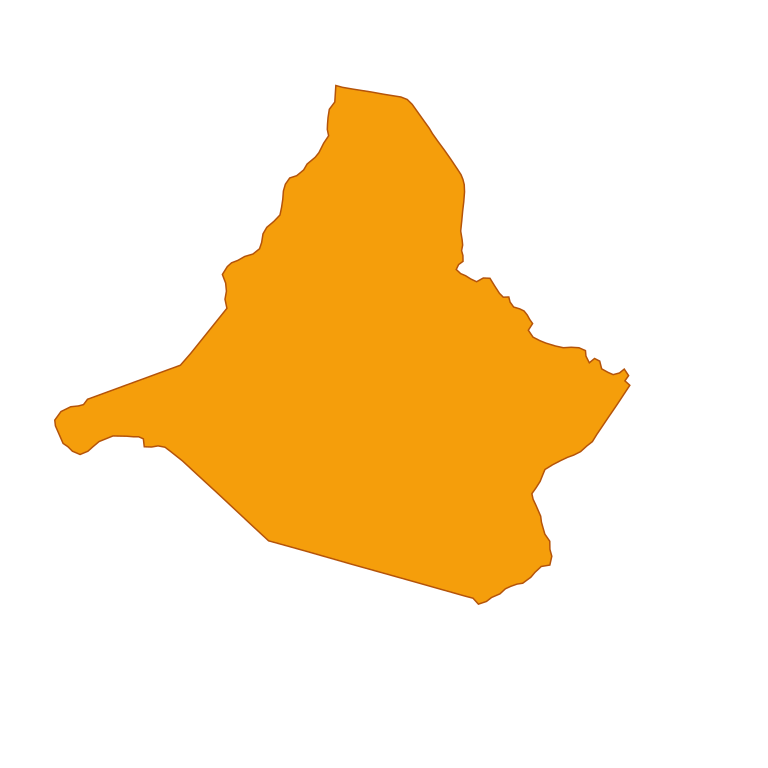 Gravataí, Rio Grande do Sul, Brazil, rotated 217°
{"feature_id": "56859067B76792516798439", "entity_name": "Gravataí", "entity_type": "district", "adm_level": 2, "iso_a3": "BRA", "parent_name": "Brazil", "parent_adm1": "Rio Grande do Sul", "projection": "albers", "projection_center": [-50.95, -29.891], "detail": "fine", "context": "isolated", "style": "filled", "palette": "amber", "viewbox_px": 768, "rotation_deg": 217, "n_neighbors": 0, "source": "geoboundaries", "source_scale": "gbopen_adm2", "svg_char_len": 2295}
<svg xmlns="http://www.w3.org/2000/svg" viewBox="0 0 768 768"><g transform="rotate(217 384 384)"><path d="M394.7,529.5L398.3,534.1L402.3,537.2L404.8,542.3L408.5,546.3L414.8,552.3L420.4,561.6L425.4,569.7L430.0,577.6L435.3,585.9L439.9,591.5L444.1,594.9L448.4,597.5L453.6,599.4L466.5,603.9L476.1,607.0L487.2,610.3L496.0,613.1L501.8,615.5L510.5,618.2L529.8,624.3L536.7,625.2L543.2,623.4L558.1,615.5L570.0,609.5L585.9,601.0L595.8,595.9L602.1,593.4L593.0,579.6L593.0,570.5L589.1,563.2L585.4,557.4L582.5,553.2L577.6,548.9L577.1,540.0L575.2,529.6L575.4,523.6L577.8,513.4L577.0,506.6L579.1,497.8L583.3,491.8L583.0,484.2L580.5,477.6L576.0,470.6L572.1,463.4L568.8,456.4L569.8,447.7L571.9,438.6L571.0,431.1L566.9,423.4L564.8,417.1L566.9,408.9L572.0,402.0L575.1,394.8L578.7,389.0L579.8,383.5L579.0,374.2L571.2,369.3L565.7,363.3L562.0,356.0L555.0,349.9L556.8,291.7L557.9,276.5L611.6,193.4L611.6,186.7L614.9,182.5L620.5,177.3L625.4,167.6L625.2,157.0L621.2,152.8L604.5,143.4L598.7,143.7L592.4,142.8L584.3,144.8L580.0,152.1L578.8,158.3L576.9,166.6L569.2,179.4L558.0,187.5L552.6,190.9L548.2,194.2L543.2,195.4L537.7,189.6L531.7,193.8L527.2,198.6L520.9,201.7L514.4,201.7L498.6,201.3L478.2,199.2L450.4,196.5L402.5,191.4L381.8,189.3L348.8,202.3L301.8,220.4L241.5,244.0L214.7,254.4L191.3,263.5L184.0,266.5L176.1,265.0L171.3,272.0L169.6,278.3L165.1,286.2L163.8,293.5L161.0,298.7L157.3,304.3L153.3,308.4L150.4,318.3L150.1,324.3L148.6,332.9L142.6,339.2L146.3,347.4L152.0,351.8L157.0,358.2L165.2,360.9L170.4,364.8L175.1,368.4L179.3,372.7L189.9,378.7L195.6,381.7L199.9,385.4L200.1,392.6L200.7,400.2L202.5,406.8L204.0,412.6L200.7,421.1L196.8,429.2L193.3,435.9L189.7,441.4L186.3,448.3L184.7,456.7L182.9,463.4L183.7,471.9L184.1,480.0L184.8,493.1L185.1,500.3L185.5,508.4L186.9,530.9L193.5,531.5L193.7,537.9L201.1,540.5L202.6,534.5L206.6,529.4L212.1,528.1L219.3,527.1L225.5,532.1L231.2,531.1L232.8,524.5L239.5,527.8L243.2,531.9L250.1,530.3L256.6,526.0L262.6,520.9L270.0,517.5L279.3,514.1L285.7,512.4L293.2,511.1L301.1,513.8L301.7,521.7L306.4,523.2L311.1,525.3L316.1,526.6L320.8,525.7L326.8,523.5L332.6,525.3L336.7,528.6L341.0,525.1L346.4,525.9L354.6,528.9L363.0,532.2L368.5,528.4L371.6,521.4L377.9,520.1L383.9,519.6L389.2,518.3L395.2,518.9L396.3,524.3L394.7,529.5Z" fill="#f59e0b" stroke="#b45309" stroke-width="1.5"/></g></svg>